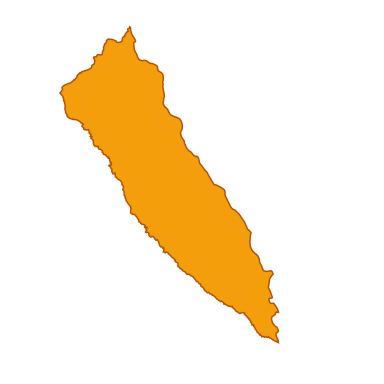 the district of Sabanalarga, Antioquia, Colombia, rotated 139°
{"feature_id": "7082276B31262056957289", "entity_name": "Sabanalarga", "entity_type": "district", "adm_level": 2, "iso_a3": "COL", "parent_name": "Colombia", "parent_adm1": "Antioquia", "projection": "equal_earth", "projection_center": [-75.781, 6.921], "detail": "fine", "context": "isolated", "style": "filled", "palette": "amber", "viewbox_px": 384, "rotation_deg": 139, "n_neighbors": 0, "source": "geoboundaries", "source_scale": "gbopen_adm2", "svg_char_len": 6058}
<svg xmlns="http://www.w3.org/2000/svg" viewBox="0 0 384 384"><g transform="rotate(139 192 192)"><path d="M130.7,357.5L131.7,356.6L132.9,357.2L133.6,357.1L134.3,356.4L134.3,355.7L134.7,355.1L136.6,355.5L140.6,354.3L140.5,353.8L140.8,353.7L143.2,354.1L145.6,351.8L147.8,352.1L150.2,353.8L150.6,354.4L150.2,355.4L150.4,356.3L151.1,357.3L151.4,358.4L153.2,360.7L154.2,361.3L154.7,362.3L155.6,362.4L157.2,362.4L157.7,362.0L158.1,361.3L159.5,360.9L160.9,361.0L162.7,359.7L163.4,359.6L165.6,357.2L166.5,357.1L167.6,356.5L169.4,354.8L170.6,354.9L172.5,357.1L173.4,357.6L175.7,356.9L177.3,358.2L177.9,358.2L178.5,357.3L178.5,356.4L179.2,354.9L181.4,352.9L184.3,353.2L185.0,352.9L185.7,352.1L187.3,351.7L190.9,352.7L196.3,355.1L197.5,354.6L197.7,355.1L198.4,355.2L198.6,355.5L199.2,355.2L200.1,355.5L202.3,355.1L204.0,354.0L205.6,354.0L206.9,353.6L207.3,354.2L208.1,353.9L212.4,354.0L214.3,355.1L219.3,356.5L221.3,356.2L221.7,356.0L222.1,354.7L222.3,354.5L223.8,353.9L226.7,353.3L226.7,349.2L228.1,345.8L229.0,345.2L228.9,343.9L229.7,343.2L230.3,341.5L231.3,340.4L231.6,339.3L232.8,338.8L233.4,338.1L235.6,333.7L235.4,332.8L235.8,332.6L236.6,330.6L236.0,327.8L234.4,325.2L234.3,324.7L233.5,324.4L232.4,322.8L231.6,322.1L230.2,317.8L230.5,317.2L230.0,316.5L229.6,315.2L229.7,314.4L230.8,314.7L232.0,313.6L231.8,313.2L231.7,311.6L232.5,310.5L232.0,309.8L232.0,309.1L231.3,309.0L231.0,308.1L230.4,307.8L229.9,307.0L229.2,306.9L229.7,306.2L229.9,304.9L230.3,304.4L230.9,304.2L230.8,303.4L231.0,302.9L230.3,302.1L231.0,301.4L231.2,300.6L232.4,300.7L232.4,300.4L231.5,299.3L233.0,298.9L232.6,297.8L232.9,296.6L232.4,295.9L234.3,293.8L235.2,291.9L235.1,289.9L234.4,289.5L234.1,288.7L232.8,288.1L232.8,287.7L233.7,286.9L234.1,285.8L233.9,285.2L233.0,284.2L232.9,283.1L232.7,282.7L232.9,282.1L232.8,281.4L233.7,280.8L233.5,279.4L234.1,278.7L232.9,276.8L233.1,274.6L232.4,273.5L233.0,272.9L233.0,272.2L232.2,271.8L232.7,270.5L233.3,270.2L233.6,269.1L234.1,268.6L234.2,268.1L233.7,267.5L233.7,267.0L234.4,265.9L235.2,265.5L235.4,266.6L236.4,266.0L237.3,266.5L237.6,266.3L237.1,263.8L237.6,262.9L237.4,261.9L239.2,259.9L239.7,257.5L239.2,257.0L238.1,257.1L237.8,256.4L239.9,253.7L239.5,253.2L239.5,250.4L238.6,247.7L238.6,246.0L238.9,245.0L240.0,243.5L240.2,241.3L240.9,240.2L241.8,239.8L242.8,239.0L242.6,237.5L245.4,233.9L245.4,232.3L246.3,231.5L246.4,230.2L247.5,228.6L247.5,226.8L247.9,225.0L247.9,221.2L249.1,219.4L251.5,217.3L252.1,215.9L251.4,214.2L250.1,212.3L249.8,211.4L250.2,210.8L250.0,209.1L250.3,208.3L250.6,206.0L251.6,204.3L250.9,203.2L251.3,202.1L250.9,201.5L251.1,200.5L250.2,199.8L249.4,197.8L249.6,197.1L250.9,196.6L250.9,196.2L250.4,195.6L249.4,195.4L249.0,194.8L249.3,194.2L250.2,194.9L250.6,194.8L251.2,194.0L251.1,193.3L251.4,192.9L253.0,192.5L253.5,191.9L253.2,191.4L252.1,190.9L251.7,189.8L251.8,188.8L252.8,187.8L253.0,187.1L253.1,186.4L252.7,185.9L252.8,185.0L251.4,184.8L250.4,183.4L250.3,182.8L251.0,180.5L250.8,179.3L250.6,179.0L249.5,179.1L249.4,178.8L249.8,176.8L251.6,172.3L251.5,170.9L250.5,169.9L250.1,168.5L250.9,168.5L250.7,167.0L253.0,165.5L252.2,164.7L252.1,163.7L251.2,163.6L250.5,163.0L249.9,161.8L250.4,160.6L250.0,159.8L250.2,159.3L249.9,158.6L250.0,156.5L249.2,151.7L249.4,151.3L250.2,151.0L250.3,150.3L249.5,148.4L249.5,147.5L249.9,146.6L251.4,145.3L251.4,144.6L250.9,143.5L251.2,142.2L250.6,141.1L250.8,140.6L250.5,140.1L250.5,138.3L249.6,136.0L249.9,133.5L249.7,133.1L248.1,131.9L247.8,129.5L246.9,127.9L247.0,123.4L247.3,121.7L246.5,120.5L246.8,117.9L246.0,117.0L247.0,115.0L246.4,112.8L246.4,111.7L247.1,109.7L246.5,107.6L246.6,106.2L246.3,105.6L245.3,105.4L245.3,103.3L244.3,102.3L244.4,100.8L243.7,99.5L243.4,97.8L243.5,95.0L243.0,93.8L242.8,92.3L242.2,91.3L242.4,90.7L241.4,90.5L240.8,88.4L240.8,87.4L241.5,86.6L241.2,86.1L240.6,86.1L240.4,85.8L240.4,84.7L239.7,83.5L239.4,81.8L238.4,80.8L237.9,80.7L237.7,79.6L237.3,79.6L236.5,79.1L237.2,77.6L236.7,75.8L237.0,72.7L236.0,71.1L236.0,69.5L235.4,68.7L233.2,68.2L231.8,66.0L231.9,65.7L232.6,65.5L232.6,64.4L232.1,61.7L232.4,61.6L232.2,60.5L232.5,59.1L232.3,58.9L232.1,59.4L232.0,59.1L232.5,57.5L232.5,56.1L233.1,55.3L233.0,54.1L234.0,52.2L232.7,51.1L233.6,50.4L233.5,48.9L234.2,46.6L234.2,44.7L234.9,43.3L234.5,42.6L234.5,41.0L234.0,40.3L234.7,39.6L233.8,37.7L234.3,37.0L232.6,35.8L232.6,34.9L231.5,34.6L230.4,32.7L229.3,32.8L229.2,30.8L228.4,29.8L228.1,27.4L225.6,21.6L224.3,23.5L223.1,27.7L222.4,29.1L221.3,30.1L218.3,30.1L217.6,31.0L216.6,34.2L217.3,35.8L217.2,39.7L216.9,40.9L215.3,44.1L213.5,45.3L209.5,45.0L208.4,45.8L206.9,45.9L206.6,45.7L206.0,44.4L205.8,44.3L205.4,44.7L204.3,47.6L203.9,49.6L203.4,54.1L203.6,54.7L205.1,55.7L205.8,57.0L205.7,58.1L204.8,59.8L203.8,61.0L203.2,61.0L201.4,59.6L200.5,59.7L197.8,66.6L197.3,69.2L196.7,70.1L190.3,75.5L186.3,76.7L184.9,76.6L184.3,77.5L183.7,79.7L184.1,80.8L187.5,82.9L189.2,84.7L189.4,85.2L189.4,86.9L187.9,91.0L187.0,94.6L185.1,97.7L184.4,100.0L184.3,102.0L184.8,104.8L185.0,108.1L183.8,112.7L180.7,116.8L175.8,121.5L174.4,122.1L174.1,122.8L174.0,124.9L174.4,127.6L172.1,134.9L171.0,144.1L171.4,150.0L172.5,152.3L172.6,155.3L169.5,166.9L168.4,169.0L167.0,170.4L166.2,172.2L166.9,175.9L169.0,181.2L170.2,182.7L170.4,183.7L168.7,193.3L167.8,196.7L167.9,201.3L167.4,205.6L167.4,208.6L165.0,213.1L164.6,214.7L165.0,215.9L165.8,216.1L166.5,217.9L166.7,219.3L166.5,222.8L167.3,224.7L167.3,227.5L167.0,229.5L165.7,233.7L164.3,236.1L163.8,240.2L162.9,242.6L161.4,244.6L158.2,246.0L156.1,247.9L154.6,250.4L153.6,253.1L153.4,254.9L153.6,256.3L156.4,261.5L157.5,264.4L157.5,265.5L156.2,270.5L156.6,274.8L156.0,277.0L155.3,278.4L152.9,280.1L152.1,281.2L150.4,282.0L148.9,284.0L145.0,290.7L143.3,292.0L142.3,293.8L140.0,295.6L138.9,296.8L137.2,299.2L136.8,300.4L136.7,301.5L137.8,305.2L137.8,306.0L137.0,307.7L135.7,309.5L135.8,310.8L137.5,314.8L139.3,316.7L140.4,321.2L141.7,322.7L143.2,323.6L144.0,324.5L144.8,325.8L145.0,327.1L144.7,329.0L143.3,332.6L142.7,335.7L142.0,337.4L138.3,342.8L135.9,342.6L135.1,343.7L134.1,350.1L132.4,354.0L130.7,356.2L130.5,356.7L130.7,357.5Z" fill="#f59e0b" stroke="#b45309" stroke-width="1.5"/></g></svg>